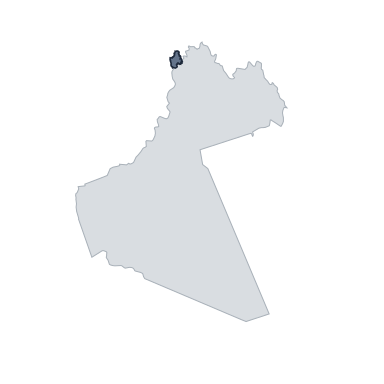 Kadiolo, Sikasso, Mali (highlighted), rotated 162°
{"feature_id": "8926073B46210070398927", "entity_name": "Kadiolo", "entity_type": "district", "adm_level": 2, "iso_a3": "MLI", "parent_name": "Mali", "parent_adm1": "Sikasso", "projection": "equal_earth", "projection_center": [-5.916, 10.605], "detail": "fine", "context": "in_parent", "style": "filled", "palette": "slate", "viewbox_px": 384, "rotation_deg": 162, "n_neighbors": 0, "source": "geoboundaries", "source_scale": "gbopen_adm2", "svg_char_len": 7066}
<svg xmlns="http://www.w3.org/2000/svg" viewBox="0 0 384 384"><g transform="rotate(162 192 192)"><path d="M87.9,288.6L88.0,287.1L87.1,286.1L87.1,285.6L87.6,281.5L87.6,280.4L88.0,278.3L87.4,277.4L87.2,276.7L85.8,273.9L85.3,271.7L84.6,270.1L82.8,269.7L82.2,271.0L81.8,271.2L81.1,270.2L80.9,269.4L80.9,268.7L78.7,265.1L78.8,263.2L79.7,262.2L80.0,260.5L79.2,258.6L79.4,256.8L79.3,254.2L78.0,252.0L77.1,251.0L76.4,249.4L77.0,245.8L75.7,242.7L78.2,244.0L79.3,242.8L80.5,241.3L81.5,239.2L81.9,236.7L82.1,234.5L83.2,231.0L84.4,229.4L86.8,227.0L87.5,227.2L91.5,232.3L93.7,234.9L94.6,236.2L95.3,236.3L96.5,233.8L97.7,231.6L98.2,231.1L102.2,230.8L104.3,231.2L106.2,231.8L108.8,232.0L115.8,230.4L115.9,229.4L115.8,228.2L116.1,227.3L116.7,226.4L117.2,226.3L117.4,229.1L118.0,229.6L119.6,229.7L171.3,229.7L173.4,214.8L169.7,209.4L156.3,52.2L180.6,52.1L184.8,55.6L263.7,124.2L264.2,126.4L264.1,129.5L264.7,130.4L265.9,131.5L270.4,134.4L270.8,135.0L270.9,136.2L271.5,137.7L272.4,138.6L273.6,139.2L274.9,139.7L279.0,140.2L279.8,140.9L281.6,143.6L282.6,144.1L288.1,145.6L289.9,146.4L291.8,147.6L292.9,148.7L292.9,153.0L293.7,155.8L293.7,156.5L292.9,157.7L292.7,158.5L291.7,160.7L291.9,161.6L293.9,163.3L294.8,163.8L295.9,163.8L307.4,160.9L308.3,201.3L307.9,201.9L307.7,209.1L306.9,213.4L305.5,216.5L304.6,221.2L304.1,222.1L303.7,224.8L302.9,226.3L301.4,226.9L298.8,229.9L298.6,232.3L292.3,231.0L291.8,231.0L291.6,231.4L291.5,232.6L275.4,233.4L267.5,233.9L262.6,239.5L259.3,240.0L255.3,239.5L253.2,239.5L252.4,239.8L252.3,240.8L245.8,238.0L243.4,238.9L243.1,238.6L242.7,238.0L241.6,237.6L239.8,237.8L238.4,238.2L234.4,242.5L232.2,243.6L228.1,246.2L225.3,248.5L224.3,248.9L222.7,249.0L221.4,249.4L220.2,254.4L219.4,254.9L214.5,252.9L213.6,253.2L212.7,253.8L210.0,256.7L208.7,259.1L208.0,262.2L208.1,264.2L207.6,264.8L206.4,265.0L204.1,264.4L203.4,264.6L203.1,266.2L203.2,269.5L202.7,271.8L201.3,272.5L200.3,273.4L199.5,273.7L198.8,273.5L194.8,270.1L193.5,269.5L192.0,269.9L190.6,271.4L188.1,274.9L188.4,276.2L189.1,277.7L189.6,279.5L189.6,281.1L186.0,283.5L186.8,285.2L186.7,289.8L185.1,292.0L184.5,293.3L182.9,294.8L181.5,295.7L177.1,296.9L175.4,298.4L174.5,299.6L174.3,300.9L174.5,302.4L175.4,305.4L175.1,308.2L174.4,311.5L173.7,312.9L171.7,314.6L172.0,316.8L172.2,319.8L171.8,323.8L171.2,326.4L170.7,326.2L168.8,326.3L166.6,327.1L165.9,327.8L165.7,328.7L163.9,330.9L162.8,330.7L161.6,330.2L161.0,329.6L161.0,329.3L161.7,327.5L161.7,326.9L161.0,323.9L161.1,323.1L160.9,320.8L160.7,320.7L158.4,321.7L158.3,322.2L158.6,323.6L158.4,323.9L157.5,323.8L156.4,323.4L155.1,322.0L154.8,322.5L154.6,323.5L154.6,324.8L154.9,327.1L154.5,327.9L152.5,327.8L150.9,328.0L150.5,328.9L150.3,329.8L150.7,330.8L150.6,331.2L149.9,331.9L149.6,331.8L148.7,330.7L145.0,329.6L144.7,328.1L144.3,328.1L143.1,326.2L142.6,326.2L142.2,326.5L140.8,326.4L139.5,328.0L138.6,330.1L137.6,331.0L136.1,331.5L136.3,330.2L135.8,328.4L132.6,326.2L132.1,325.3L131.3,320.2L131.4,318.8L131.6,317.4L131.5,316.4L131.2,315.6L130.2,314.9L129.2,314.5L127.9,315.5L127.3,315.7L126.8,315.6L126.5,315.3L126.5,314.7L127.9,312.0L128.6,310.9L129.9,309.6L130.3,308.9L130.3,308.4L130.2,308.0L129.3,307.5L127.9,306.3L127.1,306.1L126.5,305.6L125.9,303.6L125.6,303.2L124.9,303.0L124.3,302.5L124.4,297.8L123.0,294.2L121.8,289.7L121.2,288.6L120.1,287.7L118.8,287.1L117.6,286.9L116.2,287.4L116.2,287.8L117.0,289.3L117.1,290.1L117.0,290.9L116.7,291.4L114.9,291.9L112.5,293.6L111.6,295.5L111.1,295.7L110.1,295.5L103.7,292.2L101.0,293.6L99.2,296.5L98.8,297.4L98.0,298.2L97.5,298.2L97.0,297.7L95.2,293.4L94.4,292.4L93.3,292.3L92.5,293.0L91.6,294.5L90.4,295.8L89.7,296.2L89.0,296.0L86.4,293.1L86.3,292.5L87.5,289.1L87.9,288.6Z" fill="#d9dde1" stroke="#a8b0b8" stroke-width="1"/><path d="M171.7,316.0L171.6,315.8L171.6,316.1L171.6,316.4L171.4,316.4L171.0,316.1L170.8,316.0L170.7,315.9L170.5,315.7L170.3,315.5L170.2,315.4L169.9,315.2L169.6,315.0L168.8,315.1L167.7,315.5L167.4,315.6L167.3,315.9L167.3,316.4L167.3,316.7L167.4,317.1L167.5,317.8L167.1,318.2L166.8,318.2L166.6,318.6L166.3,318.8L166.3,318.5L166.3,318.4L166.3,318.1L166.2,318.0L165.9,318.0L165.8,318.3L165.8,318.5L165.7,318.5L165.4,318.7L165.4,318.4L165.2,318.4L164.9,318.3L164.7,318.0L164.6,317.9L164.5,317.7L164.4,317.8L164.2,317.7L164.1,317.8L164.0,317.7L164.0,317.2L163.9,317.2L163.7,317.2L163.3,317.2L163.2,317.1L163.1,317.3L163.1,317.6L162.9,317.8L162.8,318.1L162.7,317.9L162.3,317.9L162.2,317.9L162.0,317.7L161.9,317.6L161.7,317.6L161.7,317.8L161.6,318.0L161.7,318.3L161.4,318.5L161.2,318.6L161.4,318.8L161.4,318.7L161.5,318.9L161.6,319.2L161.6,319.3L161.1,319.3L160.9,319.3L160.9,319.5L161.0,319.7L161.1,319.8L161.3,319.9L161.3,320.0L161.2,320.1L161.1,320.3L160.9,320.4L160.9,320.5L161.1,320.6L161.3,320.8L161.3,321.0L161.2,321.1L161.2,321.4L161.2,321.5L161.1,321.8L161.1,322.0L161.4,322.1L161.4,322.3L161.5,322.3L161.6,322.5L161.8,322.5L161.7,322.6L161.3,322.7L161.3,322.8L161.2,322.9L161.2,323.0L161.3,323.1L161.5,323.2L161.4,323.3L161.4,323.5L161.5,323.5L161.4,323.7L161.3,323.9L161.3,324.0L161.2,324.0L160.9,324.4L160.9,324.5L161.0,324.8L161.3,324.6L161.5,324.7L161.5,324.8L161.5,325.0L161.9,325.1L162.0,325.2L162.1,325.3L161.9,325.5L161.7,325.7L161.7,325.9L161.8,326.2L161.8,326.3L162.0,326.4L162.1,326.5L162.1,326.8L162.0,326.7L161.9,326.7L161.8,326.8L161.8,327.1L161.7,327.2L161.7,327.3L161.8,327.3L161.9,327.5L162.0,327.6L161.9,327.7L161.9,327.9L161.7,328.0L161.7,328.3L161.8,328.4L161.8,328.5L161.7,328.9L161.7,328.7L161.4,328.6L161.1,328.8L161.1,329.0L161.3,329.1L161.3,329.5L161.5,329.8L161.6,329.7L161.7,329.8L161.6,330.0L161.8,330.2L161.9,330.3L162.0,330.4L162.3,330.5L162.5,330.7L163.0,330.7L163.3,330.7L163.4,330.8L163.6,330.7L163.7,330.8L163.8,330.8L164.0,330.9L164.3,330.9L164.5,331.0L164.5,330.9L164.7,330.7L164.8,330.5L164.9,330.3L165.1,330.0L165.1,329.6L165.1,329.4L165.1,329.5L165.4,329.3L165.5,329.4L165.7,329.6L165.8,329.6L166.0,329.6L166.2,329.4L166.1,329.2L166.0,328.9L166.2,328.7L166.3,328.6L166.2,328.3L166.3,328.2L166.2,327.9L166.3,327.9L166.3,327.7L166.5,327.5L166.8,327.4L166.9,327.2L167.0,327.2L167.1,326.7L167.4,326.6L167.5,326.4L167.8,326.3L167.9,326.5L168.1,326.5L168.3,326.5L168.6,326.5L168.7,326.4L168.9,326.3L169.1,326.1L169.1,325.9L169.3,325.9L169.4,325.7L169.5,325.8L169.7,326.0L169.8,326.1L170.1,326.0L170.3,326.0L170.5,326.0L170.6,325.9L170.8,325.9L170.8,326.1L171.0,326.2L171.1,326.3L171.3,326.5L171.4,326.4L171.5,326.1L171.5,325.9L171.5,325.7L171.6,325.3L171.7,325.2L171.8,325.1L171.8,324.9L171.8,325.0L171.9,324.9L171.9,324.7L172.0,324.4L172.0,324.2L172.1,323.8L172.1,323.5L172.1,323.4L172.1,323.1L171.9,323.0L172.0,322.9L171.9,322.8L171.8,322.7L171.9,322.8L172.0,322.7L172.1,322.3L172.1,322.0L172.1,321.8L172.0,321.3L172.1,321.1L172.1,320.9L172.1,320.7L172.1,320.4L172.2,320.2L172.3,320.0L172.4,319.9L172.5,319.9L172.5,319.7L172.6,319.4L172.7,319.2L172.7,318.9L172.8,318.9L172.8,318.7L172.9,318.4L172.8,318.1L172.7,317.9L172.5,317.7L172.4,317.6L172.2,317.4L172.3,317.3L172.3,317.2L172.3,316.9L172.2,316.6L172.2,316.3L172.2,316.0L172.1,315.9L171.9,315.9L171.7,316.0L171.7,316.0Z" fill="#64748b" stroke="#1e293b" stroke-width="1.5"/></g></svg>